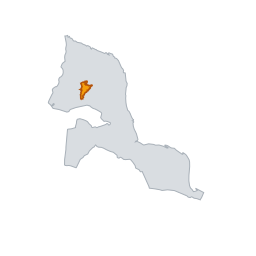 location of Maua, Niassa, Mozambique, rotated 295°
{"feature_id": "85939544B33000714085001", "entity_name": "Maua", "entity_type": "district", "adm_level": 2, "iso_a3": "MOZ", "parent_name": "Mozambique", "parent_adm1": "Niassa", "projection": "orthographic", "projection_center": [37.153, -13.899], "detail": "fine", "context": "in_parent", "style": "filled", "palette": "amber", "viewbox_px": 256, "rotation_deg": 295, "n_neighbors": 0, "source": "geoboundaries", "source_scale": "gbopen_adm2", "svg_char_len": 6308}
<svg xmlns="http://www.w3.org/2000/svg" viewBox="0 0 256 256"><g transform="rotate(295 128 128)"><path d="M82.5,172.8L84.0,171.5L93.9,160.0L94.5,159.6L93.6,157.7L94.9,155.5L94.9,152.1L95.3,151.6L96.9,150.4L99.0,146.9L100.3,144.1L100.4,142.8L98.3,139.1L97.7,137.2L98.2,135.4L98.4,133.8L98.1,133.3L96.9,132.6L96.7,131.9L96.7,131.1L96.9,130.6L98.4,129.8L98.7,129.4L99.8,125.0L99.3,121.8L99.2,118.0L99.4,114.2L99.2,112.0L98.2,109.5L98.1,107.7L98.8,106.4L98.9,105.7L96.5,105.3L95.3,104.3L90.9,102.7L87.4,102.5L84.5,100.1L82.3,99.7L79.4,98.0L70.4,97.9L70.0,97.7L69.5,92.1L69.1,90.3L68.0,88.4L67.6,87.0L67.7,86.1L72.6,83.9L82.3,80.8L84.5,79.8L101.1,73.8L101.6,74.1L103.3,77.0L106.2,80.3L106.9,79.8L110.9,79.2L111.5,78.8L112.7,78.5L114.1,78.3L114.6,78.5L116.1,80.5L116.7,84.3L116.8,86.9L116.6,88.7L115.4,90.9L114.6,93.6L113.3,95.0L113.4,95.7L114.8,97.3L115.2,98.0L115.1,99.4L115.3,99.9L116.6,100.8L117.6,102.1L121.3,105.9L122.2,106.6L122.9,106.8L123.3,107.5L123.1,108.4L122.5,108.9L122.8,109.7L123.5,110.2L125.1,110.1L125.3,109.8L125.2,106.4L124.6,104.5L123.9,103.5L125.2,99.8L126.0,98.8L128.7,98.4L130.0,98.0L130.5,97.6L130.9,96.4L131.2,93.1L131.3,90.0L131.0,88.2L131.4,85.5L132.0,83.8L131.7,83.5L131.4,81.2L124.5,72.1L120.6,68.1L119.9,67.7L117.8,67.4L116.6,65.9L115.6,57.7L114.1,51.8L116.3,47.9L117.0,45.4L117.5,45.0L119.4,44.8L126.3,44.9L128.0,45.1L128.7,44.8L130.5,43.3L132.0,43.3L133.9,44.3L135.0,45.1L135.2,45.8L136.5,46.2L139.0,46.4L140.8,46.0L141.9,45.1L143.1,44.6L144.3,44.6L145.2,44.9L145.9,45.5L147.1,46.0L148.8,46.3L150.8,45.9L152.9,44.8L154.1,43.6L154.8,41.7L155.2,41.4L158.1,41.2L159.7,41.6L161.8,42.8L165.3,40.7L167.5,40.0L169.6,40.0L171.4,39.5L172.8,38.4L174.2,37.8L177.1,37.1L179.1,36.0L184.7,31.9L185.3,33.1L186.4,34.2L184.9,35.4L186.2,36.2L185.2,37.4L185.1,38.2L185.5,39.0L184.9,40.3L184.1,41.3L183.9,42.1L184.6,43.5L184.2,45.9L185.3,50.0L184.9,51.4L185.1,54.6L184.7,55.8L185.4,56.2L185.7,57.5L185.4,59.7L184.2,60.6L184.0,61.5L185.5,61.6L185.5,64.4L185.3,65.2L185.6,66.2L185.2,67.2L185.6,71.7L185.7,75.0L185.7,75.5L187.0,76.1L187.0,77.0L186.1,78.2L186.2,79.9L187.1,78.5L187.6,78.6L188.1,79.1L188.1,81.1L188.4,82.1L188.3,82.9L186.7,84.5L186.6,86.1L186.0,86.3L185.7,86.7L186.1,87.6L186.1,88.4L185.0,90.9L179.8,96.8L179.7,97.8L178.3,99.7L176.9,100.0L176.2,100.5L176.7,102.2L169.9,106.3L169.2,106.9L168.1,108.4L165.8,109.2L163.4,109.3L163.0,109.6L157.5,111.5L156.4,112.4L154.0,113.3L150.3,115.3L147.3,117.3L143.9,120.3L143.5,121.9L141.9,124.0L139.5,126.5L138.0,128.6L137.9,129.5L137.1,129.7L136.4,128.9L136.1,130.5L135.5,130.7L134.8,130.3L131.8,132.1L129.6,134.1L126.4,138.0L121.9,141.8L120.8,141.9L119.3,140.6L118.5,140.5L119.7,141.9L119.7,145.1L119.2,148.8L119.3,149.6L122.4,153.4L123.9,158.0L124.1,160.3L125.7,163.3L126.4,167.8L126.3,172.0L127.0,172.7L127.3,172.0L127.4,169.4L127.8,168.7L128.2,168.8L128.6,170.2L128.7,171.7L128.2,175.0L128.4,176.3L129.2,178.6L128.3,181.2L127.1,188.3L127.4,188.7L128.1,188.9L128.3,188.1L128.7,188.1L128.9,188.6L128.4,191.4L127.9,192.6L125.9,195.6L124.9,196.9L123.2,198.2L119.1,200.2L110.9,203.2L105.8,205.5L101.7,208.2L100.0,210.0L99.3,212.1L98.0,214.2L99.3,216.0L100.8,217.2L101.5,215.1L101.9,215.1L101.5,223.9L95.9,224.1L94.3,223.8L93.4,223.9L93.1,220.3L92.3,217.5L92.6,215.5L92.4,214.5L91.2,213.8L90.8,211.7L91.4,210.1L90.9,196.5L88.7,190.0L85.8,185.3L85.5,182.9L84.1,177.7L82.5,172.8ZM117.9,51.2L118.6,50.9L118.7,50.2L118.2,49.9L117.8,49.9L117.6,51.0L117.9,51.2ZM117.4,50.0L116.8,49.5L116.3,49.6L116.2,50.1L116.7,50.6L117.1,50.6L117.4,50.0Z" fill="#d9dde1" stroke="#a8b0b8" stroke-width="1"/><path d="M134.4,73.2L134.5,73.2L134.6,73.3L134.6,73.5L134.8,73.7L134.9,73.9L135.0,74.2L135.2,74.3L135.3,74.5L135.4,74.4L135.5,74.3L135.9,74.4L136.0,74.4L136.3,74.4L136.6,74.6L136.8,74.6L137.1,74.7L137.3,74.6L137.4,74.3L137.4,74.2L137.5,73.9L137.7,73.5L137.8,73.5L138.6,73.6L138.9,73.6L139.1,73.8L139.2,74.0L139.3,74.2L139.5,74.3L139.8,74.2L140.1,74.2L140.3,74.1L140.6,74.2L140.8,74.2L141.0,74.1L141.3,74.2L141.6,74.2L141.7,74.3L141.8,74.3L142.0,74.3L142.2,74.5L142.3,74.6L142.5,74.6L142.6,74.8L142.7,75.0L142.8,75.1L143.0,75.1L143.4,75.3L143.5,75.4L143.8,75.4L143.9,75.2L144.0,75.2L144.2,75.3L144.4,75.3L144.5,75.4L144.6,75.5L144.8,75.6L144.9,75.8L145.0,75.7L145.0,75.8L145.3,75.8L145.5,75.9L145.5,76.0L145.8,76.2L146.0,76.1L146.3,76.1L146.5,76.2L146.8,76.2L146.9,76.4L147.0,76.4L147.3,76.4L147.3,76.5L147.6,76.4L147.6,76.5L147.8,76.5L148.0,76.6L148.3,76.6L148.5,76.6L148.5,76.8L148.7,76.7L148.8,76.6L149.0,76.7L149.4,76.7L149.5,76.7L149.8,76.7L149.9,76.8L150.0,76.8L150.4,77.0L150.5,77.1L150.8,77.2L150.8,77.3L151.1,77.5L151.3,77.5L151.5,77.5L151.6,77.4L151.5,77.2L151.5,76.9L151.5,76.7L151.4,76.6L151.2,76.4L150.9,76.3L150.8,76.2L150.7,76.0L150.7,75.9L150.6,75.7L150.3,75.5L150.3,75.4L150.2,75.3L150.2,75.2L150.0,74.9L150.0,74.7L149.8,74.6L149.9,74.4L149.7,74.2L149.7,73.9L149.8,73.8L150.0,73.6L150.0,73.4L149.9,73.3L149.9,73.2L149.6,72.8L149.6,72.7L149.7,72.4L149.8,72.3L149.7,72.2L149.8,72.2L149.8,71.8L149.7,71.7L149.8,71.5L149.6,71.4L149.5,71.2L149.6,70.5L149.8,70.6L150.1,70.5L150.3,70.7L150.3,70.9L150.4,71.0L150.6,71.1L150.8,71.2L150.8,71.3L151.1,71.5L151.3,71.6L151.5,71.6L151.8,71.6L152.0,71.6L152.3,71.5L152.5,71.5L152.6,71.4L152.8,71.4L153.0,71.2L153.0,70.9L152.9,70.9L153.0,70.8L152.9,70.7L152.7,70.4L152.5,70.2L152.5,69.9L152.3,69.8L152.2,69.8L152.2,69.7L151.8,69.5L151.8,69.4L151.6,69.5L151.3,69.6L151.2,69.5L151.2,69.4L150.9,69.3L150.8,69.0L150.7,68.9L150.6,68.7L150.8,68.5L150.8,68.3L150.8,68.2L150.5,68.0L150.5,67.8L150.4,67.7L150.2,67.5L149.0,66.6L148.9,66.6L148.7,66.7L148.5,66.8L148.4,66.9L148.2,66.9L148.0,67.0L148.0,66.9L147.9,67.0L147.7,67.2L147.6,67.3L147.5,67.5L147.3,67.7L147.3,67.8L147.2,67.8L147.0,68.0L146.8,68.2L146.7,68.2L146.5,68.3L146.4,68.5L146.2,68.6L146.2,68.8L146.0,69.0L144.5,68.8L144.3,68.8L144.2,68.8L144.1,69.1L143.9,69.1L143.3,69.6L143.2,69.7L143.1,69.3L143.1,69.2L142.9,69.1L143.0,69.0L143.0,68.9L143.1,68.7L142.9,68.6L142.7,68.4L142.7,68.5L142.6,68.8L142.5,69.0L142.3,69.4L142.3,69.6L142.3,69.8L142.1,69.9L142.1,70.1L141.9,70.2L141.9,70.3L141.2,70.3L140.5,70.3L140.4,70.2L140.1,70.4L140.0,70.5L139.9,70.6L139.7,70.8L139.4,70.9L139.2,70.8L138.9,70.8L138.7,70.9L138.2,70.8L137.8,71.0L137.5,71.5L137.2,71.5L136.8,71.7L136.3,71.9L134.9,72.6L134.6,72.8L134.4,73.2Z" fill="#f59e0b" stroke="#b45309" stroke-width="1.5"/></g></svg>